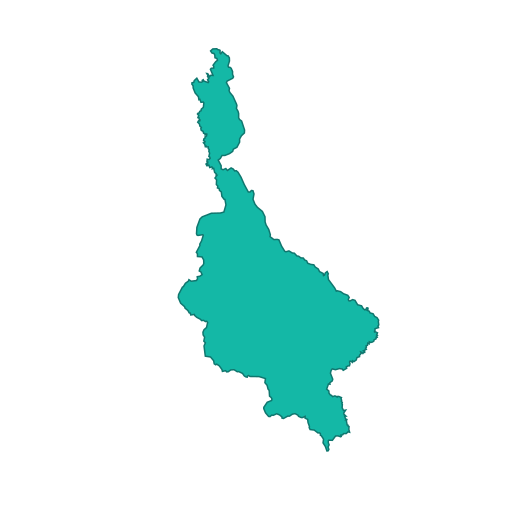 the district of Montecristo, Bolívar, Colombia, rotated 157°
{"feature_id": "7082276B84262983016086", "entity_name": "Montecristo", "entity_type": "district", "adm_level": 2, "iso_a3": "COL", "parent_name": "Colombia", "parent_adm1": "Bolívar", "projection": "albers", "projection_center": [-74.489, 7.93], "detail": "fine", "context": "isolated", "style": "filled", "palette": "teal", "viewbox_px": 512, "rotation_deg": 157, "n_neighbors": 0, "source": "geoboundaries", "source_scale": "gbopen_adm2", "svg_char_len": 6093}
<svg xmlns="http://www.w3.org/2000/svg" viewBox="0 0 512 512"><g transform="rotate(157 256 256)"><path d="M235.8,73.5L236.9,76.1L236.5,77.3L233.7,79.1L235.8,79.6L236.0,82.7L234.5,85.6L234.7,86.4L233.8,87.4L234.2,89.0L233.6,89.6L233.3,91.9L232.7,92.3L234.7,94.4L236.3,95.0L236.5,94.6L238.0,96.4L240.4,96.6L241.0,98.3L241.8,98.9L242.4,101.1L241.7,103.4L243.0,105.8L239.3,109.9L238.0,109.1L237.6,110.5L234.6,111.2L233.5,112.6L233.3,119.0L231.6,121.3L229.9,122.3L227.3,120.3L223.2,119.8L220.7,118.2L220.4,116.7L216.4,117.2L216.3,118.6L214.3,118.9L212.9,118.4L211.6,120.0L211.3,121.9L210.6,122.5L209.6,122.0L208.9,120.5L207.9,121.7L207.2,120.5L204.4,121.1L202.7,123.1L200.0,122.9L199.5,124.2L197.1,125.3L197.1,126.7L196.1,125.8L195.7,124.5L194.6,125.1L193.6,124.8L193.3,125.7L194.1,126.8L190.9,127.0L191.2,128.4L190.1,128.8L189.7,130.3L188.3,130.2L187.2,132.1L186.2,130.9L185.2,132.8L184.3,131.6L182.3,131.3L180.7,131.7L180.1,132.7L177.8,132.9L177.2,134.2L176.2,133.9L176.3,135.3L175.2,135.5L175.6,136.5L174.2,137.8L175.9,139.8L176.5,139.8L176.3,140.5L175.6,140.9L174.8,142.6L171.2,142.2L171.2,143.8L169.9,144.6L169.0,147.9L168.2,149.0L168.7,152.0L170.4,154.0L170.8,157.1L173.2,159.0L173.4,161.0L174.9,162.5L173.5,163.5L173.4,164.6L174.5,165.0L175.9,163.8L176.9,163.9L177.9,165.8L178.3,168.9L181.5,171.4L182.2,176.5L184.1,178.1L187.1,177.9L188.1,178.7L188.0,180.0L186.4,181.5L186.9,184.0L190.2,187.1L192.0,190.1L194.9,192.3L195.8,192.3L196.1,196.0L198.5,206.0L197.3,210.5L196.4,211.3L196.6,213.9L198.9,213.3L200.5,211.6L201.5,211.6L201.0,213.7L203.6,216.8L203.8,219.8L205.8,222.7L206.2,225.3L208.9,226.9L211.2,229.1L211.3,231.8L212.8,233.4L213.2,235.6L215.5,236.8L216.8,239.1L218.3,240.0L219.6,243.6L221.4,244.6L223.7,247.8L226.8,248.2L227.7,249.1L228.6,255.0L228.6,261.9L230.0,263.0L233.1,264.1L235.5,268.3L234.5,269.9L233.9,275.4L234.6,280.6L234.3,283.8L232.4,288.6L232.7,294.5L235.7,300.3L236.7,304.1L236.6,309.4L233.6,313.9L233.3,317.3L234.6,318.1L236.7,317.2L238.1,318.0L238.9,326.4L239.0,334.3L239.8,340.1L240.8,342.2L242.3,342.6L243.0,345.0L244.5,346.8L248.9,345.9L249.6,348.3L252.6,348.3L254.0,349.8L252.8,352.8L253.3,359.1L250.8,359.7L248.0,361.8L245.3,360.7L240.4,360.6L236.6,361.4L235.1,363.2L231.1,363.5L226.6,367.2L225.4,370.1L222.4,372.4L218.6,373.8L217.3,376.4L216.5,385.8L217.8,388.1L218.0,389.9L216.3,393.9L216.0,396.3L216.4,399.4L214.8,401.9L214.6,403.3L214.8,412.2L216.2,416.9L216.1,418.9L214.9,420.7L215.5,427.1L214.2,428.3L208.0,428.7L206.7,429.7L206.6,432.4L205.5,434.9L205.5,438.5L206.3,439.9L207.5,440.5L207.5,441.9L204.2,445.9L203.1,448.8L203.5,451.2L204.4,451.6L207.2,457.2L209.4,455.9L209.8,457.0L208.7,459.3L209.1,459.9L210.6,461.0L211.1,462.1L214.9,463.5L217.7,462.5L217.2,460.0L215.6,458.9L215.4,457.1L216.3,454.5L214.8,453.1L215.0,451.2L217.2,450.6L221.0,448.4L220.8,447.0L221.5,445.5L223.8,446.3L225.0,445.7L225.0,439.0L226.9,440.0L228.6,439.3L229.2,442.7L230.0,443.2L229.7,441.0L230.5,440.1L229.9,438.1L231.7,437.2L231.5,434.8L232.3,434.3L235.6,437.4L235.7,438.9L236.8,438.7L236.5,437.8L237.0,437.5L238.4,437.3L240.5,438.4L241.0,442.8L244.3,441.6L245.5,440.1L247.2,440.5L247.9,439.2L247.4,437.3L248.2,435.2L248.3,429.8L246.8,425.2L247.5,422.2L246.5,422.2L246.6,419.0L244.4,418.3L244.2,417.3L246.4,413.4L249.1,412.5L249.7,411.2L251.3,411.1L252.8,409.7L253.5,410.1L254.4,409.6L253.8,407.7L255.4,406.1L254.5,405.6L254.9,404.3L254.4,403.1L255.1,402.3L256.1,402.9L257.4,401.9L256.5,399.8L256.9,397.5L256.1,395.6L257.1,394.7L257.3,393.0L256.0,391.4L256.3,389.5L255.3,388.6L255.5,387.4L254.2,387.9L253.6,387.4L254.8,385.7L256.4,385.5L256.8,384.5L258.2,384.2L259.2,382.7L258.2,381.4L258.9,380.6L260.1,380.7L259.5,378.9L259.9,376.6L259.1,376.7L259.2,375.9L257.3,375.1L258.0,373.5L257.5,372.2L258.5,370.9L258.5,368.8L260.5,366.0L260.0,365.5L260.0,363.9L261.6,363.1L263.1,364.2L264.3,362.0L263.6,361.4L264.7,359.5L265.6,359.6L265.4,360.4L266.1,360.2L265.9,358.2L263.9,358.0L264.0,355.5L261.8,355.3L261.6,354.0L262.1,353.4L260.7,353.2L261.4,349.1L260.5,347.3L261.1,346.1L260.3,345.6L263.3,343.8L262.5,341.6L264.6,337.2L263.8,335.4L264.9,333.7L263.6,332.5L264.0,330.6L262.9,328.6L264.1,324.2L263.2,320.6L262.5,320.2L263.7,314.8L268.4,309.0L272.1,309.5L280.4,312.8L290.1,313.1L293.1,312.0L299.2,305.5L302.1,299.7L302.1,298.3L301.4,297.6L296.6,296.4L296.5,295.6L300.2,291.2L303.1,288.9L303.5,287.6L309.5,282.7L309.0,281.1L310.1,278.4L306.1,276.3L305.7,272.9L307.0,269.5L308.2,268.4L312.2,266.8L314.1,264.4L312.9,262.8L312.9,259.9L315.5,259.3L318.2,259.9L318.8,257.7L320.5,256.7L325.5,258.1L327.0,260.4L328.0,259.3L331.6,258.5L334.8,256.2L335.9,256.1L342.3,250.8L343.8,248.1L343.8,242.0L341.5,237.2L341.7,235.7L340.0,232.5L339.7,229.7L338.8,229.1L339.1,227.2L335.6,226.3L335.7,225.2L334.5,222.7L331.9,219.5L331.3,217.8L329.3,217.2L328.2,215.4L326.9,215.2L326.5,213.7L329.5,209.5L332.6,208.5L334.6,206.6L335.5,204.0L335.0,201.4L337.3,198.0L336.5,195.9L339.0,193.5L341.8,183.6L337.3,180.8L335.9,176.1L336.6,173.1L335.6,171.6L334.4,171.8L332.7,169.2L331.7,164.7L332.0,162.9L328.8,162.3L328.3,160.8L326.7,160.3L323.8,161.0L320.6,159.9L318.5,156.8L317.0,156.3L314.3,153.2L313.6,150.1L312.5,148.6L311.4,147.9L310.8,148.8L309.6,148.9L308.5,147.4L300.3,143.8L295.2,139.5L297.3,135.9L296.3,132.6L296.9,128.8L296.4,127.1L298.3,121.7L297.3,119.8L297.2,118.1L298.1,116.9L302.8,117.0L307.9,113.7L308.5,112.4L308.5,107.9L307.1,103.4L305.9,102.7L303.7,103.4L302.3,102.6L298.6,102.7L296.4,100.5L295.0,97.7L295.4,96.6L294.2,95.7L289.3,96.2L287.7,95.5L284.3,96.2L281.6,95.6L279.6,93.1L279.5,91.8L277.5,89.6L276.3,89.1L273.5,89.2L274.2,87.6L272.3,85.4L273.2,82.3L273.4,78.3L274.1,77.2L274.0,75.1L270.4,73.0L268.1,68.9L266.8,68.5L266.1,67.5L266.8,65.8L266.1,65.1L265.4,61.0L267.3,57.8L266.6,53.5L266.9,48.8L265.7,48.5L264.5,49.5L264.3,52.0L262.5,53.6L262.4,55.8L261.7,57.6L261.0,58.0L257.7,56.5L253.1,59.2L250.8,58.4L248.7,56.5L248.0,56.6L247.9,58.0L246.1,57.5L244.8,58.3L242.3,57.3L240.0,58.2L238.7,57.2L238.3,60.1L237.0,62.7L237.7,63.5L237.4,64.3L238.1,64.9L237.2,69.0L236.5,69.7L237.2,70.0L236.5,70.3L237.2,71.0L237.0,74.0L235.8,73.5Z" fill="#14b8a6" stroke="#0f766e" stroke-width="1.5"/></g></svg>